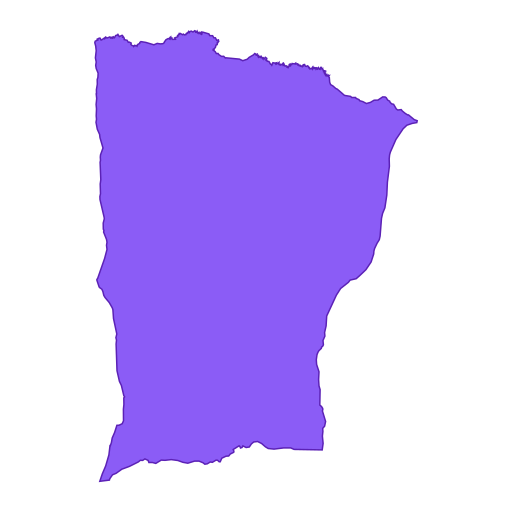 outline of Igunga, Tabora, United Republic of Tanzania
{"feature_id": "72390352B54001884070734", "entity_name": "Igunga", "entity_type": "district", "adm_level": 2, "iso_a3": "TZA", "parent_name": "United Republic of Tanzania", "parent_adm1": "Tabora", "projection": "natural_earth1", "projection_center": [33.703, -4.378], "detail": "fine", "context": "isolated", "style": "filled", "palette": "violet", "viewbox_px": 512, "rotation_deg": 0, "n_neighbors": 0, "source": "geoboundaries", "source_scale": "gbopen_adm2", "svg_char_len": 5799}
<svg xmlns="http://www.w3.org/2000/svg" viewBox="0 0 512 512"><path d="M168.1,38.6L166.0,39.7L164.4,41.9L164.3,42.6L162.9,43.7L160.3,43.9L157.2,43.4L153.9,44.8L145.8,42.4L140.9,41.6L139.8,42.5L139.7,43.4L137.8,44.4L137.0,46.2L136.4,45.5L135.4,45.8L134.8,45.3L133.7,46.5L133.3,45.8L132.0,45.5L130.9,44.5L131.2,43.1L129.3,42.1L128.3,42.3L127.1,40.3L124.2,39.6L124.3,38.5L123.8,37.4L122.8,37.3L123.2,36.6L122.6,35.7L122.1,35.3L119.3,36.6L117.9,34.4L117.1,35.4L116.4,35.2L115.6,35.6L114.5,37.7L113.2,36.7L112.8,37.0L112.9,38.1L112.0,38.3L111.5,37.4L110.5,38.0L109.9,36.9L107.4,37.9L106.6,37.9L105.7,37.0L104.9,37.7L105.0,38.5L104.6,38.8L104.1,38.2L101.5,40.0L100.7,39.8L100.3,38.3L99.3,38.1L97.2,39.2L97.8,40.0L95.2,41.2L94.8,42.7L95.7,46.1L96.2,50.7L95.4,57.9L96.2,62.0L95.7,65.4L96.2,68.5L98.1,73.1L97.9,77.4L97.2,79.5L97.3,84.2L96.4,89.7L96.5,93.8L96.2,93.9L96.7,98.5L96.1,104.5L96.5,108.9L96.2,115.8L96.5,119.3L96.0,122.3L97.3,129.2L99.6,134.4L100.0,137.7L103.0,148.0L100.5,154.9L100.3,157.2L100.5,160.3L100.1,162.3L100.8,179.7L100.2,184.0L100.5,193.7L99.9,196.5L100.0,199.6L104.1,217.2L104.3,218.8L103.2,223.1L103.3,229.2L103.9,230.4L103.6,232.1L106.5,239.4L107.0,242.2L106.5,245.3L107.0,249.4L104.6,258.5L97.7,278.3L96.9,279.4L96.9,280.3L98.9,286.3L99.4,287.4L101.9,289.3L102.9,291.6L103.8,295.4L105.1,297.6L109.2,302.5L112.3,307.9L112.9,309.7L113.5,318.5L116.8,334.0L115.9,337.7L116.5,340.1L116.1,344.1L117.0,370.7L119.4,381.3L121.4,385.5L123.8,395.6L124.6,396.9L123.8,397.9L123.9,404.5L123.4,409.2L123.5,420.8L122.2,423.7L119.1,425.2L116.9,425.3L114.6,432.5L112.2,438.0L111.4,442.6L110.3,445.8L110.0,445.7L108.9,454.9L105.7,465.9L102.3,473.9L99.8,481.3L109.4,480.1L109.8,478.7L112.5,474.8L116.1,473.3L121.8,469.2L129.6,466.3L138.4,461.9L140.3,460.3L142.7,460.4L144.9,458.9L148.1,460.4L148.9,462.5L152.4,462.5L155.8,463.4L161.2,460.1L165.0,460.3L171.3,459.6L177.9,460.5L182.9,462.3L187.8,463.2L194.6,461.1L199.0,461.1L203.1,462.8L204.8,464.2L207.3,463.8L210.2,462.0L212.4,462.3L216.1,460.1L217.6,460.3L219.2,461.8L220.2,461.8L221.8,458.2L226.0,456.2L228.7,456.0L230.3,454.0L233.7,452.3L233.9,451.2L233.2,449.5L239.1,445.8L239.9,446.5L240.5,448.0L242.0,447.5L242.9,445.9L246.1,447.5L249.3,447.0L251.4,443.9L253.7,442.0L257.6,441.5L261.6,443.5L265.4,446.8L268.2,448.5L274.0,449.1L283.8,447.9L290.7,447.9L294.1,449.4L322.2,449.9L323.1,443.4L322.4,436.1L322.9,431.5L322.7,428.4L324.6,426.2L325.6,421.5L322.4,410.9L322.8,409.8L322.7,408.4L321.5,406.5L319.8,405.0L320.1,389.6L319.0,385.9L318.6,379.6L319.0,371.8L316.6,364.4L316.3,359.7L317.0,354.7L317.9,352.4L318.9,350.7L321.3,348.4L321.6,347.1L322.7,346.2L323.4,344.8L323.0,340.5L324.9,336.1L324.6,332.5L326.1,325.9L326.7,316.0L336.4,295.1L340.6,288.5L348.4,282.3L350.1,280.1L356.2,278.7L359.6,275.7L365.9,269.7L371.1,262.0L373.7,254.0L373.9,251.1L374.6,248.5L377.1,243.2L379.3,239.7L380.1,236.1L381.5,218.3L382.6,213.4L384.9,207.8L386.8,195.1L387.4,182.2L389.4,166.3L389.2,158.8L389.6,154.8L390.4,152.0L395.9,139.5L403.1,128.8L406.9,125.2L412.2,123.4L416.8,122.6L417.2,120.7L414.2,119.6L408.5,114.9L407.6,114.9L405.1,113.3L402.3,111.0L401.2,109.6L397.8,110.0L396.4,109.1L393.6,104.3L391.6,103.8L390.1,102.3L389.7,101.2L387.7,100.1L386.2,97.7L385.2,97.0L382.7,96.9L377.9,100.1L374.1,100.2L370.4,102.4L366.4,103.5L362.8,101.6L359.6,100.7L359.0,99.6L356.1,98.4L355.6,97.5L351.7,97.5L350.6,96.4L344.5,95.4L337.2,89.1L335.8,88.5L333.0,86.0L330.6,84.6L329.7,82.3L329.3,77.4L328.5,76.4L329.1,75.6L328.5,75.7L328.3,75.2L327.7,75.6L327.9,74.7L327.5,75.6L327.0,75.6L326.8,74.4L326.2,74.6L325.8,75.5L325.1,74.6L325.4,73.5L324.5,73.4L324.3,72.6L325.2,72.0L324.0,71.7L325.0,70.9L323.3,70.5L323.0,69.6L322.4,69.3L322.6,68.4L321.2,68.6L321.3,67.4L320.7,67.4L320.1,69.4L319.4,69.2L318.5,67.6L317.5,69.2L316.7,68.8L317.2,68.0L316.8,67.8L316.1,68.9L315.9,68.0L315.5,68.1L314.6,69.1L315.0,67.7L313.9,67.5L313.4,68.2L312.9,66.8L312.2,67.6L312.2,69.0L311.7,68.5L309.8,68.9L309.5,67.6L308.3,68.1L308.8,67.5L308.3,66.3L307.3,65.8L306.7,66.4L305.4,66.3L304.6,64.5L303.3,64.7L303.4,65.5L302.5,65.8L302.8,66.5L302.2,66.8L301.2,66.0L300.5,66.2L300.3,65.4L299.2,65.7L298.8,64.7L298.0,65.0L297.7,63.8L295.8,64.0L295.7,63.1L294.5,63.9L292.1,63.5L291.8,64.4L291.2,64.3L290.9,64.9L290.5,64.3L290.1,65.1L289.4,64.4L289.1,64.9L289.8,65.9L289.0,65.9L288.1,67.7L287.0,67.2L287.2,66.3L286.1,65.8L285.1,66.1L284.6,65.3L283.6,65.4L284.1,64.2L283.4,63.0L282.9,63.3L283.3,64.1L282.5,64.7L281.9,64.4L280.8,65.0L280.6,64.3L279.3,64.8L279.0,64.4L279.0,62.5L277.9,63.6L277.1,63.5L276.0,64.3L275.7,63.9L276.4,62.8L275.0,63.1L272.9,62.7L271.8,65.2L271.2,64.3L270.5,64.2L268.9,61.4L267.3,61.3L267.0,60.6L266.1,60.4L265.9,59.8L266.6,59.3L266.8,58.4L265.3,57.3L263.9,59.2L263.2,57.6L262.7,57.6L262.4,58.3L262.0,57.5L261.2,57.5L261.2,56.3L260.4,56.4L260.1,57.0L259.8,56.6L259.0,57.2L258.9,56.6L258.3,57.0L258.0,56.7L258.3,55.3L256.9,55.2L257.1,54.2L255.9,54.7L255.8,54.1L254.8,53.5L253.4,54.9L249.1,57.4L247.3,59.2L242.8,60.7L239.4,59.1L225.9,57.8L225.3,58.0L223.7,56.3L221.5,56.4L218.8,54.6L218.1,53.5L216.3,53.5L215.2,51.6L213.0,50.0L213.3,49.3L214.1,49.6L214.2,48.7L215.4,47.5L216.0,45.1L217.2,44.6L217.3,42.5L218.0,42.5L218.1,41.6L218.7,41.4L218.4,39.9L216.7,40.3L215.4,37.8L213.9,37.8L212.6,35.7L209.7,35.6L208.9,33.9L203.0,32.2L201.6,32.0L202.0,33.8L201.6,34.4L200.7,33.9L200.5,32.8L199.2,33.5L199.0,32.4L197.9,33.1L197.1,31.1L196.3,32.4L195.7,32.3L195.3,31.0L194.7,30.7L193.4,31.8L192.6,31.9L191.3,31.1L189.7,31.6L189.5,32.3L188.7,31.6L188.6,32.6L187.8,32.4L187.3,33.4L186.6,33.2L186.1,33.7L186.0,34.6L184.3,34.9L183.4,34.1L182.4,34.7L180.3,33.4L179.2,33.5L179.4,34.5L178.6,34.6L177.6,35.6L178.0,36.0L177.7,36.7L174.7,37.9L175.4,39.3L172.2,39.4L171.9,38.0L171.0,38.3L170.9,37.7L170.1,39.3L169.5,39.0L169.6,38.0L169.1,38.6L168.1,38.6Z" fill="#8b5cf6" stroke="#5b21b6" stroke-width="1.5"/></svg>